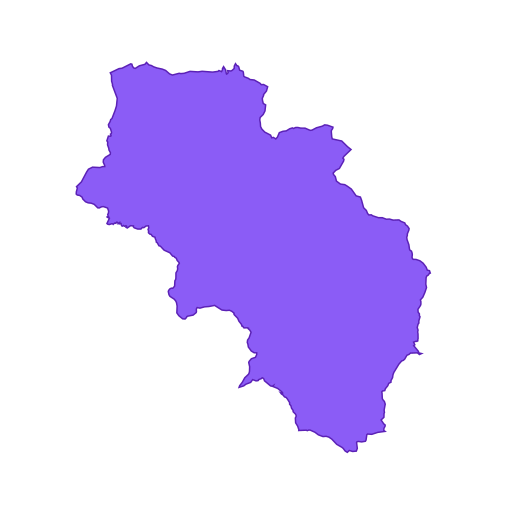 Vama Buzaului, Brasov, Romania (Albers equal-area conic projection), rotated 353°
{"feature_id": "2599482B50417013546573", "entity_name": "Vama Buzaului", "entity_type": "district", "adm_level": 2, "iso_a3": "ROU", "parent_name": "Romania", "parent_adm1": "Brasov", "projection": "albers", "projection_center": [25.997, 45.566], "detail": "fine", "context": "isolated", "style": "filled", "palette": "violet", "viewbox_px": 512, "rotation_deg": 353, "n_neighbors": 0, "source": "geoboundaries", "source_scale": "gbopen_adm2", "svg_char_len": 6078}
<svg xmlns="http://www.w3.org/2000/svg" viewBox="0 0 512 512"><g transform="rotate(353 256 256)"><path d="M374.6,397.7L374.8,396.1L376.7,393.4L377.5,390.5L378.6,388.4L384.6,380.8L387.7,378.0L389.5,377.5L391.0,376.5L393.7,372.9L395.9,372.3L397.4,371.2L404.4,371.8L406.2,373.7L408.4,373.0L405.9,372.1L405.5,370.3L401.6,364.2L402.8,363.5L401.9,360.7L404.5,360.1L405.2,360.4L406.3,359.9L406.2,359.3L406.8,357.7L407.3,353.1L407.2,351.1L407.8,349.3L407.3,346.7L408.5,343.5L409.5,342.4L409.7,340.3L411.4,336.3L410.9,335.2L411.1,333.2L410.1,331.6L410.2,328.7L413.2,325.2L413.8,323.9L414.1,321.3L413.8,319.6L416.5,317.3L419.1,312.9L421.4,308.1L421.1,304.7L422.2,298.2L423.0,296.7L424.7,295.9L426.0,294.4L426.9,294.2L426.4,291.7L424.3,290.9L423.5,287.8L421.0,283.5L418.1,280.7L414.4,278.9L411.7,278.5L411.0,277.8L410.7,276.2L411.3,273.9L411.3,272.1L410.9,270.1L409.6,269.1L409.2,268.0L409.1,263.4L407.9,258.1L407.9,255.7L408.7,254.1L408.9,252.5L410.9,248.9L411.3,247.4L410.0,244.8L408.2,243.1L407.7,241.3L404.0,239.2L402.3,237.6L396.5,237.1L393.0,235.6L389.9,235.4L386.1,233.4L382.2,232.9L376.7,230.3L375.5,229.2L373.0,229.0L371.9,227.3L371.1,224.3L368.7,221.2L367.6,213.6L366.8,210.2L362.7,208.5L358.8,201.2L355.1,197.8L352.8,196.0L348.6,194.9L345.0,191.5L344.4,186.9L342.9,184.6L342.7,183.1L345.6,180.7L349.4,179.3L354.5,172.5L355.1,170.7L354.2,169.7L354.4,169.0L355.6,167.7L363.3,161.9L360.1,158.6L355.1,152.3L346.0,149.1L345.7,147.1L345.9,141.7L346.2,140.5L347.6,138.9L348.1,137.5L342.9,134.9L340.1,134.2L337.7,135.2L331.6,136.1L326.9,137.9L325.1,137.9L320.3,135.1L315.9,134.5L313.1,133.5L310.9,133.3L308.8,134.0L307.8,133.3L305.0,133.8L301.3,135.5L297.9,135.5L294.2,136.4L291.7,140.7L289.9,142.2L287.7,140.4L286.0,140.6L285.2,137.8L279.8,134.1L277.3,130.8L276.3,128.1L276.5,124.6L276.3,121.4L277.0,119.0L280.4,116.4L282.6,113.1L284.0,107.2L281.8,105.5L281.4,102.2L281.5,100.2L283.1,97.6L283.2,96.7L286.5,93.5L288.2,89.4L284.4,86.7L282.1,86.6L281.1,85.1L275.7,81.1L271.5,80.1L270.2,78.8L266.3,76.7L265.8,76.1L265.8,71.9L265.4,71.0L262.4,69.6L261.9,66.1L261.2,65.1L260.2,64.7L259.1,62.6L257.6,64.8L257.2,67.2L254.9,68.9L253.6,69.3L250.5,68.6L250.7,70.7L249.1,71.9L248.8,71.6L248.5,67.5L246.9,64.1L245.7,65.7L246.0,65.9L244.3,68.8L241.8,67.4L240.9,68.1L235.4,68.2L225.0,66.1L220.9,66.2L213.0,64.7L207.0,65.9L203.7,65.8L202.0,65.3L195.1,66.2L192.4,64.7L188.9,60.8L185.8,59.1L180.6,57.3L177.4,55.7L175.4,54.2L173.0,53.3L170.9,50.5L169.1,52.2L163.4,53.0L159.0,55.1L157.5,54.4L156.5,52.6L156.2,50.5L155.1,50.0L145.9,53.3L142.9,53.3L133.7,56.4L134.6,58.9L134.0,64.9L134.5,68.0L134.3,69.2L137.5,82.6L135.8,90.1L133.8,94.5L129.8,102.0L128.4,102.9L127.7,104.6L125.5,107.7L125.7,110.1L127.0,111.6L127.7,115.5L127.3,116.8L126.4,117.3L126.8,118.8L126.4,119.4L124.1,119.0L122.0,123.5L122.7,124.8L122.2,127.6L123.0,131.2L123.0,132.9L124.1,135.7L123.7,137.4L118.6,139.7L116.3,141.9L115.8,144.2L116.8,147.5L116.8,148.8L114.5,148.6L111.9,149.2L104.6,147.9L100.3,149.4L98.2,151.9L91.7,161.2L86.3,165.3L87.0,166.7L85.5,170.4L85.1,172.6L86.0,173.7L88.4,174.4L90.1,176.0L90.6,176.5L91.0,178.3L93.4,181.4L95.9,182.8L98.9,183.5L101.7,185.0L104.8,188.9L106.3,189.2L108.9,188.3L110.7,188.4L114.5,190.3L115.2,193.5L114.6,195.9L113.9,196.5L114.1,198.4L112.9,199.1L113.2,199.6L114.7,199.7L114.6,200.6L115.0,200.8L112.0,205.6L112.6,206.3L114.1,206.9L116.8,206.4L117.7,206.6L118.1,207.2L119.6,206.1L120.9,206.5L121.1,205.9L122.1,205.4L123.0,206.3L123.0,207.0L124.0,206.5L123.7,207.0L124.1,207.5L125.7,206.9L126.1,207.5L125.9,208.3L126.5,209.8L127.3,210.1L128.2,209.6L129.2,210.5L130.6,210.1L131.2,210.7L130.5,211.7L131.7,212.5L135.2,210.6L138.0,211.2L137.8,212.0L138.6,213.2L141.8,214.8L145.1,215.2L146.8,213.8L148.1,214.2L150.6,212.8L152.9,212.9L153.0,214.9L152.1,216.5L152.5,218.4L152.1,219.1L152.2,220.0L153.4,221.4L154.6,221.8L155.6,223.8L158.1,225.1L158.1,226.3L158.8,228.8L158.7,230.0L159.6,230.8L160.9,234.0L162.3,234.6L165.5,239.0L170.9,242.3L173.2,245.9L174.9,246.6L175.2,247.4L176.6,248.5L177.2,250.8L178.8,253.1L179.0,253.9L177.3,255.8L176.7,257.0L176.7,259.2L176.1,260.9L174.5,263.0L173.8,268.2L173.4,269.5L172.5,270.7L171.5,276.1L169.4,277.9L168.0,277.6L166.4,278.2L165.1,279.5L164.6,280.6L164.9,283.8L165.7,285.6L169.5,288.8L170.8,290.8L171.4,292.6L171.6,296.1L170.5,302.8L172.1,305.8L175.5,309.4L177.9,309.9L179.5,308.6L180.0,307.7L180.8,307.4L186.4,307.0L189.7,304.9L190.1,304.0L190.3,301.4L191.3,300.0L194.0,300.9L198.7,300.2L203.1,300.4L208.9,300.0L215.6,305.5L219.8,306.5L223.0,306.6L225.2,307.9L227.3,310.1L227.0,310.8L227.3,311.7L230.2,315.5L231.1,318.6L233.1,321.9L233.6,324.0L234.1,324.0L235.3,325.9L238.7,326.2L239.7,326.8L239.4,327.2L240.8,328.8L241.8,331.1L239.2,336.4L237.4,338.4L236.8,340.7L237.2,342.5L237.3,345.4L239.7,349.7L242.3,351.8L244.9,352.2L244.7,353.9L243.1,356.5L238.9,357.4L236.3,359.8L235.8,360.9L236.2,365.1L235.5,369.6L234.9,371.3L234.2,372.4L230.0,375.5L227.0,379.7L224.0,382.7L223.2,384.3L228.0,383.4L230.4,382.0L235.3,380.8L237.6,378.3L240.7,379.9L242.0,380.0L243.2,379.8L243.4,379.1L246.5,378.3L247.3,377.6L248.0,378.0L248.9,379.2L249.2,380.9L254.6,386.7L256.3,387.3L257.5,386.7L256.9,387.6L261.4,390.1L265.0,393.9L265.8,395.3L265.4,395.9L263.8,394.9L264.4,396.0L266.0,397.4L267.1,399.3L268.7,400.1L269.6,401.5L271.5,405.6L271.3,407.2L272.4,408.9L272.7,411.4L274.0,413.8L273.9,415.1L275.9,417.7L276.4,419.1L276.3,420.1L275.3,421.6L275.0,426.4L276.6,429.9L277.4,433.8L277.2,434.4L284.6,435.0L285.6,435.6L287.1,435.2L288.5,435.4L293.0,438.1L296.1,441.1L300.5,443.4L303.6,443.5L306.2,444.6L309.0,447.1L313.2,452.8L318.0,456.4L319.1,457.6L320.7,460.4L322.7,462.0L324.9,460.4L328.1,461.8L331.8,461.9L333.1,459.3L333.1,453.4L333.6,452.7L334.9,452.5L338.2,453.4L342.0,453.2L342.8,452.1L344.2,446.9L345.0,446.3L349.2,447.1L355.3,445.9L362.7,445.8L361.6,444.7L361.9,442.8L363.4,440.6L363.6,439.5L362.3,438.1L360.2,434.0L363.3,431.7L363.9,427.8L364.4,427.1L364.4,424.5L366.2,418.8L365.7,416.0L364.3,413.9L364.0,412.8L364.4,407.3L364.2,406.3L365.1,405.4L367.4,405.3L368.2,403.5L371.0,400.8L372.2,398.6L374.6,397.7Z" fill="#8b5cf6" stroke="#5b21b6" stroke-width="1.5"/></g></svg>